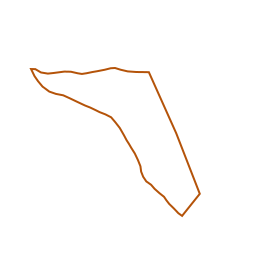 Baraúna, Paraíba, Brazil, rotated 326°
{"feature_id": "56859067B2396589679241", "entity_name": "Baraúna", "entity_type": "district", "adm_level": 2, "iso_a3": "BRA", "parent_name": "Brazil", "parent_adm1": "Paraíba", "projection": "albers", "projection_center": [-36.272, -6.62], "detail": "fine", "context": "isolated", "style": "outline", "palette": "amber", "viewbox_px": 256, "rotation_deg": 326, "n_neighbors": 0, "source": "geoboundaries", "source_scale": "gbopen_adm2", "svg_char_len": 839}
<svg xmlns="http://www.w3.org/2000/svg" viewBox="0 0 256 256"><g transform="rotate(326 128 128)"><path d="M176.5,93.4L172.8,90.8L166.3,86.3L159.4,80.9L154.5,75.6L150.8,71.0L147.1,68.8L141.3,66.7L134.0,63.6L129.8,61.7L124.2,59.4L120.0,57.4L117.0,54.6L112.1,49.4L106.7,45.6L101.7,43.1L97.1,40.8L92.0,38.1L86.9,33.3L84.1,27.4L80.6,24.9L79.5,32.8L79.6,39.0L80.3,45.9L83.1,53.8L87.3,59.4L92.6,64.7L96.4,70.9L100.4,77.7L102.9,81.9L105.0,85.4L108.1,89.9L111.1,95.0L113.3,98.9L116.9,104.1L120.0,109.7L120.7,116.1L121.2,123.3L120.6,131.7L120.0,137.4L119.9,141.7L119.6,146.3L119.4,152.9L118.3,160.2L116.9,166.7L114.5,171.5L113.3,177.0L113.3,182.5L115.4,188.0L116.0,193.2L117.6,199.5L119.4,205.2L119.4,209.5L119.7,214.0L121.0,220.2L122.1,226.8L123.7,231.1L150.7,222.7L165.0,159.5L176.5,93.4Z" fill="none" stroke="#b45309" stroke-width="2"/></g></svg>